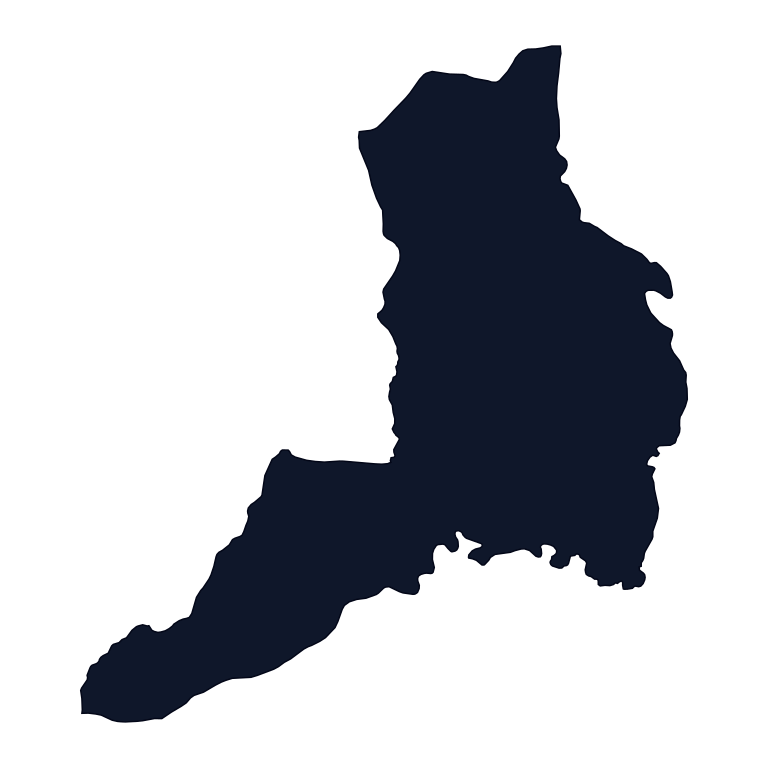 outline of Liquiçá, Liquica, East Timor
{"feature_id": "22284137B50300896823957", "entity_name": "Liquiçá", "entity_type": "district", "adm_level": 2, "iso_a3": "TLS", "parent_name": "East Timor", "parent_adm1": "Liquica", "projection": "albers", "projection_center": [125.317, -8.659], "detail": "fine", "context": "isolated", "style": "filled", "palette": "ink", "viewbox_px": 768, "rotation_deg": 0, "n_neighbors": 0, "source": "geoboundaries", "source_scale": "gbopen_adm2", "svg_char_len": 6083}
<svg xmlns="http://www.w3.org/2000/svg" viewBox="0 0 768 768"><path d="M560.2,46.1L551.7,46.1L543.4,47.9L535.6,49.0L527.7,49.2L522.8,50.8L519.2,53.9L515.6,58.2L513.3,62.7L507.7,71.5L499.6,80.6L497.1,82.0L495.4,82.3L491.6,82.1L488.0,80.9L474.0,78.4L468.7,76.5L466.1,75.1L463.1,74.5L449.5,74.1L432.2,71.5L426.2,73.3L423.9,74.8L419.8,79.2L410.0,93.1L405.7,98.2L394.0,110.3L384.8,120.4L377.2,127.7L374.5,129.1L370.6,130.4L359.3,131.7L358.6,137.2L359.2,140.4L359.5,148.1L368.6,170.3L371.9,185.1L376.5,198.1L380.6,206.8L382.6,210.0L383.3,223.9L383.1,231.4L383.5,233.8L384.1,235.3L387.4,238.5L392.9,241.4L395.5,243.6L396.8,245.7L398.6,247.6L399.7,250.6L400.2,255.1L399.8,260.5L395.6,270.8L392.7,275.9L383.7,289.0L383.0,292.1L384.4,299.1L385.1,301.2L385.0,304.3L383.6,307.7L381.9,310.4L377.8,313.9L377.8,317.3L381.4,322.7L388.7,329.5L392.9,336.6L395.9,344.1L396.9,345.9L397.4,348.5L397.0,351.1L397.3,353.2L398.4,355.2L398.9,357.1L399.1,359.3L397.8,362.0L397.7,364.0L397.1,365.5L395.9,366.7L397.0,371.8L396.5,375.2L395.6,376.3L393.3,377.4L392.3,381.5L390.2,383.7L389.7,385.1L390.4,389.1L389.6,392.0L388.9,396.5L389.4,399.7L392.3,405.0L393.2,412.4L394.8,418.7L394.7,423.6L392.3,428.9L394.0,432.5L395.1,433.7L395.9,435.2L399.0,437.7L399.3,439.5L393.8,449.6L393.9,452.1L395.1,455.7L394.1,457.3L391.1,457.7L390.4,460.6L390.9,462.4L387.6,463.7L381.8,464.2L375.2,463.9L343.5,461.2L339.5,461.1L324.4,462.1L315.3,461.5L306.6,460.3L295.2,457.1L291.3,454.9L289.5,451.5L288.2,450.1L282.3,450.0L280.6,451.3L279.4,453.7L275.6,457.0L272.2,459.3L264.9,475.5L262.0,495.1L261.0,496.8L254.4,502.4L251.2,504.5L248.3,508.0L247.6,511.0L247.8,513.1L248.8,516.3L247.8,521.1L246.0,525.3L243.8,531.7L242.1,535.2L240.0,536.5L235.0,538.2L232.5,539.6L229.3,544.9L222.5,550.3L218.9,552.3L217.0,554.4L216.1,556.7L213.9,566.3L211.0,575.0L209.0,579.1L203.1,587.9L200.7,590.6L196.5,597.3L191.8,613.5L189.3,617.4L186.5,618.4L183.1,619.1L179.2,620.7L173.9,624.1L172.5,626.0L169.2,628.6L165.3,630.8L160.9,632.0L157.9,632.4L154.3,631.5L151.9,630.3L148.9,625.7L147.2,626.0L142.7,624.8L138.1,626.0L136.4,626.7L132.0,630.3L126.5,637.8L122.0,639.6L119.1,642.6L113.3,644.4L111.7,645.9L108.2,653.2L103.2,655.6L100.9,657.3L99.5,659.3L99.0,661.2L97.5,663.0L95.8,663.9L92.1,665.2L90.8,666.4L90.0,667.9L87.1,675.3L87.6,677.6L87.2,679.9L81.6,688.1L80.7,690.4L81.9,698.6L82.3,709.9L81.9,713.3L88.3,713.1L95.8,714.0L101.2,715.1L112.2,720.2L117.5,721.4L120.9,721.7L125.2,721.9L136.9,721.3L142.7,720.7L154.5,718.5L161.8,718.6L171.4,712.1L181.5,706.1L186.3,702.8L190.5,697.9L194.0,695.4L203.6,692.1L215.3,685.2L221.3,682.1L225.9,680.3L232.3,678.3L251.0,677.3L257.3,675.4L273.9,669.1L278.5,666.6L284.3,662.3L290.6,658.9L303.7,649.1L308.1,646.7L311.6,645.4L319.8,641.3L325.5,637.6L335.0,627.6L337.9,621.4L342.2,609.3L344.4,605.4L349.3,601.8L356.7,599.4L366.0,598.2L376.3,594.5L378.4,593.1L383.6,588.1L385.4,587.1L386.9,586.9L389.1,586.7L399.3,591.6L403.0,592.9L413.0,594.3L414.9,594.1L416.3,593.3L417.5,592.4L419.1,588.6L419.3,585.3L417.8,581.1L417.6,578.6L418.4,576.1L420.9,574.4L424.2,573.4L426.5,573.1L430.8,573.5L432.1,573.2L433.1,572.2L434.3,567.5L432.4,559.5L432.5,553.4L433.8,549.3L436.3,545.5L437.8,544.6L442.9,544.1L444.9,544.7L448.0,548.5L450.9,551.4L451.9,551.8L455.0,551.1L456.7,550.0L457.8,548.1L458.3,546.3L458.0,541.7L457.5,539.8L455.6,537.0L454.9,534.2L455.1,532.3L455.9,531.2L456.7,530.9L458.9,530.7L461.3,531.9L462.1,532.7L463.0,534.9L465.1,537.3L466.5,538.3L481.6,543.7L482.3,545.0L481.9,546.7L480.1,547.9L475.4,549.1L472.2,550.9L468.8,554.9L468.5,557.3L468.7,558.0L472.6,558.8L476.4,560.3L482.0,565.0L484.0,565.0L484.7,564.5L488.7,560.3L490.4,557.4L495.0,554.4L510.4,552.3L515.0,550.6L521.1,549.0L524.4,548.8L529.6,550.5L535.9,556.2L538.3,557.0L540.3,556.8L541.1,555.7L541.6,553.6L541.2,549.1L540.4,547.3L540.7,545.7L542.6,544.2L544.4,543.9L547.3,544.1L550.6,545.0L553.6,546.4L556.6,550.1L556.6,552.4L555.9,553.9L553.9,555.6L551.9,556.6L551.5,559.6L550.3,561.4L550.1,562.7L550.9,564.6L551.6,565.3L552.5,566.0L559.0,568.1L561.8,568.0L564.1,565.9L566.3,565.6L567.6,564.9L568.5,563.3L570.2,556.8L570.9,556.0L574.8,555.4L576.2,554.0L577.9,554.1L579.3,554.7L580.3,557.3L585.4,560.8L586.7,563.0L585.2,569.8L585.6,572.4L586.3,574.4L588.6,575.9L591.2,576.6L594.5,579.1L597.1,579.2L598.2,580.3L598.3,584.5L600.2,585.9L605.0,585.3L609.9,585.6L613.5,584.5L615.4,582.8L617.5,583.4L619.3,581.9L621.1,581.1L621.9,581.2L622.7,582.6L622.6,585.0L623.3,588.9L624.1,589.2L627.4,589.1L632.4,588.3L634.2,586.5L635.3,586.1L638.7,586.7L640.8,586.1L643.1,583.6L644.7,579.9L645.1,577.4L644.8,575.5L644.6,574.6L643.4,573.1L639.5,570.2L639.1,567.0L641.2,566.3L641.3,562.7L642.8,560.5L643.7,558.2L644.3,553.6L645.1,551.4L652.0,539.2L652.8,536.8L652.8,531.2L657.3,518.2L658.5,508.4L654.4,489.5L653.7,482.4L651.7,476.7L652.4,473.9L654.9,468.8L654.0,467.5L652.4,466.8L647.6,465.9L646.6,464.3L647.5,460.7L649.9,457.2L652.7,455.2L656.3,456.4L657.9,455.6L659.2,453.3L658.0,452.3L656.4,449.2L656.7,447.7L659.2,445.7L670.4,445.2L675.0,442.8L676.0,440.6L676.4,438.5L678.4,435.0L679.5,432.1L679.9,428.3L679.5,425.8L679.6,419.9L680.2,416.3L681.3,414.8L685.3,406.3L687.3,399.4L687.0,388.5L685.8,382.1L686.2,375.1L685.7,372.5L683.7,370.0L679.6,360.8L673.5,353.0L671.0,348.1L670.1,343.5L672.4,335.6L672.5,333.9L672.2,331.7L671.4,329.8L663.4,325.5L659.5,322.6L651.8,314.2L650.6,312.7L646.8,304.9L645.5,299.8L644.5,293.5L646.0,291.4L648.0,290.3L653.7,290.2L655.8,290.8L660.5,293.2L665.3,296.9L667.7,298.1L670.4,298.1L671.6,297.1L672.5,295.0L672.1,291.7L670.4,281.7L668.4,275.7L666.9,273.4L660.7,266.4L656.4,262.7L654.5,262.6L650.9,263.4L649.4,262.7L646.9,259.3L641.5,254.0L631.6,248.9L623.7,245.8L621.1,243.6L615.1,240.4L608.2,235.9L597.1,227.5L594.7,226.5L589.3,223.3L584.2,222.7L582.2,222.1L579.4,219.7L580.2,210.8L580.0,208.9L575.9,199.9L567.8,185.3L561.7,183.0L560.7,181.4L560.0,178.7L560.4,176.0L564.7,171.6L566.4,168.4L567.1,165.0L566.6,161.5L564.7,158.8L559.6,155.0L556.6,150.7L555.4,147.2L558.9,138.9L559.3,136.1L559.0,119.9L557.0,107.6L556.4,98.6L557.0,85.8L558.6,72.9L559.9,58.5L560.9,53.6L560.2,46.1Z" fill="#0f172a" stroke="#020617" stroke-width="1.5"/></svg>